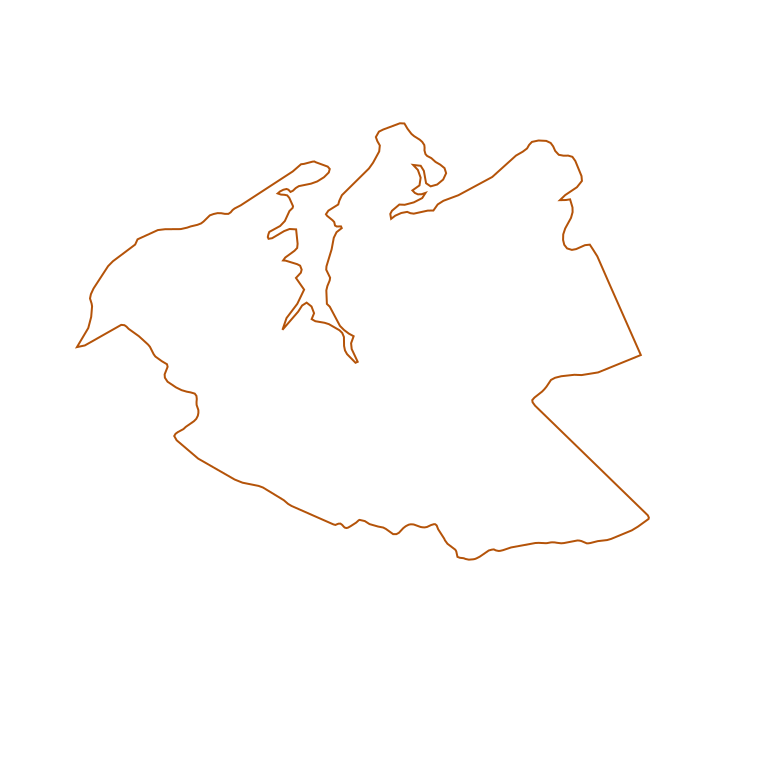 the Province of Estuaire, rotated 66°
{"feature_id": "GAB-2168", "entity_name": "Estuaire", "entity_type": "Province", "adm_level": 1, "iso_a3": "GAB", "parent_name": "Gabon", "parent_adm1": "", "projection": "natural_earth1", "projection_center": [9.925, 0.242], "detail": "fine", "context": "isolated", "style": "outline", "palette": "amber", "viewbox_px": 768, "rotation_deg": 66, "n_neighbors": 0, "source": "natural_earth", "source_scale": "10m", "svg_char_len": 4629}
<svg xmlns="http://www.w3.org/2000/svg" viewBox="0 0 768 768"><g transform="rotate(66 384 384)"><path d="M354.1,137.2L384.6,137.4L462.0,137.6L460.5,183.7L456.2,199.9L453.0,206.4L449.0,218.9L447.9,225.2L448.2,229.8L452.5,236.6L454.0,239.6L455.2,242.6L457.6,252.1L459.0,255.1L461.2,255.7L465.3,254.8L611.3,196.4L613.8,196.4L614.9,197.2L617.6,210.1L618.5,217.2L617.9,239.5L617.3,243.7L614.5,252.6L613.2,260.2L612.6,262.3L612.0,263.6L607.7,267.6L606.4,269.4L606.0,270.2L605.6,271.0L602.5,284.3L601.6,286.9L599.4,290.6L598.2,292.4L597.2,294.4L596.6,295.9L595.7,299.7L595.3,300.8L592.0,307.4L590.8,310.5L585.0,334.4L584.2,342.9L583.7,345.6L583.2,347.1L582.3,348.4L581.4,349.6L579.8,350.9L579.2,352.8L578.7,356.0L580.7,366.8L580.9,370.5L580.8,372.3L580.4,373.9L579.0,377.9L576.9,380.8L575.9,381.7L575.3,382.5L573.6,385.4L571.8,387.2L566.5,386.1L565.4,386.1L564.3,386.3L555.8,391.0L551.6,391.9L549.8,391.9L538.7,393.6L534.7,393.4L533.0,394.2L532.4,395.3L532.0,398.3L532.1,402.9L531.5,405.3L530.5,407.2L529.5,408.7L524.6,413.8L524.0,414.7L523.0,416.8L522.8,417.7L522.6,418.6L522.7,421.4L522.9,422.6L523.5,425.0L526.0,430.9L526.2,433.7L524.9,436.7L517.2,441.2L514.8,443.1L511.8,447.4L506.1,454.2L501.4,457.3L498.2,461.6L498.2,462.5L499.3,465.8L500.3,472.3L500.6,475.4L500.3,476.9L499.3,478.2L498.0,478.8L495.7,479.5L493.8,480.6L493.1,482.4L493.0,484.1L493.0,485.7L491.7,487.3L457.9,518.0L454.5,520.4L449.4,522.8L429.3,536.7L426.1,540.0L416.6,553.4L410.5,559.3L376.6,584.1L351.1,596.3L346.2,596.8L344.7,594.7L344.1,591.9L343.6,585.5L342.5,582.4L340.7,572.8L339.5,569.7L337.3,567.0L334.9,565.3L332.3,564.2L326.9,563.7L324.2,562.6L321.5,561.1L318.6,560.2L315.8,560.8L313.0,564.1L310.8,567.3L307.3,571.4L302.5,575.4L293.9,580.8L289.1,581.6L286.0,580.5L280.3,574.7L277.7,574.2L272.8,577.7L265.9,581.7L263.1,582.3L254.8,582.7L252.0,583.5L240.6,588.5L229.7,594.9L226.9,595.9L224.7,597.2L223.1,600.0L227.1,641.6L225.4,649.5L212.6,631.4L203.6,624.2L194.3,619.1L191.6,618.4L186.3,617.8L182.7,615.2L178.6,610.5L164.1,588.1L161.6,581.7L155.4,554.6L151.6,550.3L151.4,528.0L153.5,521.2L159.8,506.7L161.1,500.2L161.4,496.6L162.7,489.7L162.9,485.8L162.2,482.8L159.1,474.5L159.4,470.5L160.2,466.6L161.8,463.2L163.9,460.1L165.3,457.0L164.8,454.2L163.5,451.6L162.9,449.1L162.5,442.2L152.7,380.9L149.5,370.4L150.4,367.5L151.8,358.9L152.4,357.1L153.6,356.2L162.5,347.0L165.5,346.1L168.3,348.4L170.7,354.7L171.8,362.6L171.3,369.2L168.6,381.3L169.1,385.0L170.4,388.6L170.5,391.3L167.6,392.3L166.2,393.7L165.6,396.9L165.8,400.7L166.7,403.6L169.1,401.0L170.6,398.1L172.3,395.7L175.5,394.8L184.6,394.8L186.0,395.9L187.5,400.0L194.8,408.3L197.4,414.6L198.4,426.9L200.2,428.7L202.5,430.4L204.4,430.4L205.3,426.9L203.7,413.0L204.0,407.2L207.0,401.4L220.8,405.9L224.4,408.0L225.9,411.6L228.3,422.8L230.1,425.9L231.3,423.7L239.2,414.6L241.8,412.5L246.0,412.7L248.5,414.7L251.3,421.3L265.3,418.6L275.5,430.6L284.1,446.2L293.2,454.7L283.0,433.0L279.0,426.9L278.2,421.6L283.7,418.7L290.9,419.1L295.3,423.7L298.7,421.2L303.9,413.4L306.9,410.0L316.8,402.8L320.3,401.4L324.8,401.5L333.0,405.0L337.5,406.0L341.7,405.6L353.0,401.4L353.0,399.0L338.9,399.3L333.4,397.5L328.0,392.3L323.7,395.6L318.5,398.5L313.0,400.6L291.3,402.1L287.6,403.6L275.0,398.6L271.5,395.9L267.3,391.5L265.0,390.0L256.1,390.3L253.1,388.7L239.7,377.1L230.0,370.4L226.0,365.6L224.4,359.2L222.5,359.2L220.9,363.1L219.3,364.3L215.8,363.6L213.5,364.4L207.2,367.6L205.3,368.0L203.0,364.3L201.4,352.8L198.4,350.3L194.4,345.7L181.0,310.1L177.4,304.0L169.6,293.8L164.4,290.8L159.5,291.3L155.1,291.0L151.4,286.0L151.2,281.2L152.3,263.4L154.3,259.4L160.4,258.7L166.7,257.2L169.8,255.7L175.5,251.9L178.4,250.6L182.1,250.0L184.6,250.8L187.0,252.0L190.8,252.6L193.1,251.9L196.9,248.9L202.1,246.6L206.5,243.4L211.4,240.9L216.7,241.5L221.3,246.8L223.4,254.3L222.4,261.0L217.7,263.9L205.5,260.9L199.6,261.7L195.7,268.3L202.2,266.0L210.4,266.6L217.0,270.8L218.7,279.3L222.0,278.1L224.5,275.9L225.9,272.6L226.3,268.3L229.7,273.5L230.2,282.9L228.7,292.2L226.3,297.0L229.0,306.3L231.2,309.1L236.0,310.3L234.8,305.2L234.8,298.6L236.2,292.8L238.7,290.4L240.5,287.5L243.4,273.5L245.6,268.3L241.8,261.9L240.8,255.2L241.8,239.3L238.9,200.9L229.0,170.5L228.2,162.7L227.0,157.5L224.6,154.2L223.0,150.4L224.4,143.8L227.9,136.9L231.6,133.7L235.7,132.8L240.7,132.8L245.7,131.1L248.4,127.2L250.3,122.8L253.1,119.5L258.1,118.5L274.4,119.0L279.0,120.6L282.7,127.7L285.1,141.6L287.6,148.5L289.9,143.0L291.0,138.9L299.4,140.0L303.7,141.8L308.3,145.6L315.6,155.2L320.2,159.4L325.2,161.8L330.1,162.7L334.6,161.6L337.9,157.8L338.9,153.6L338.9,144.0L340.4,139.3L345.9,138.4L354.1,137.2Z" fill="none" stroke="#b45309" stroke-width="2"/></g></svg>